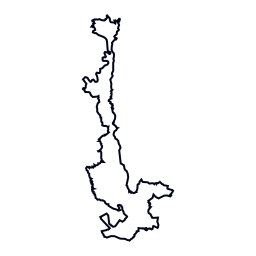 Lolotla, Hidalgo, Mexico
{"feature_id": "50627088B68203381384952", "entity_name": "Lolotla", "entity_type": "district", "adm_level": 2, "iso_a3": "MEX", "parent_name": "Mexico", "parent_adm1": "Hidalgo", "projection": "albers", "projection_center": [-98.729, 21.009], "detail": "fine", "context": "isolated", "style": "outline", "palette": "ink", "viewbox_px": 256, "rotation_deg": 0, "n_neighbors": 0, "source": "geoboundaries", "source_scale": "gbopen_adm2", "svg_char_len": 5817}
<svg xmlns="http://www.w3.org/2000/svg" viewBox="0 0 256 256"><path d="M159.9,181.9L158.2,183.1L156.8,183.1L156.5,183.9L156.1,183.2L155.2,183.3L154.3,184.2L153.8,183.5L152.1,183.2L149.5,183.6L147.7,182.3L142.9,182.0L142.4,181.6L141.4,179.5L139.7,181.5L139.2,183.7L137.6,184.6L137.4,188.7L136.4,191.3L136.5,192.0L135.7,192.0L134.8,192.8L133.6,193.1L132.1,192.3L131.2,192.8L130.6,191.3L129.2,192.1L128.9,189.7L127.5,187.5L127.3,186.0L126.5,185.4L128.2,177.4L127.7,173.6L126.6,171.0L125.3,170.1L124.5,168.7L123.9,165.3L120.7,163.4L119.2,150.4L120.5,147.8L120.0,146.0L118.7,143.5L118.2,140.9L116.8,139.3L115.4,138.6L114.9,136.9L113.8,135.5L113.5,134.2L113.9,133.5L113.9,132.6L114.7,131.1L116.0,130.3L116.7,129.4L117.0,128.3L117.7,127.9L116.3,127.3L115.9,126.2L114.0,124.8L114.1,124.4L113.1,124.1L112.8,123.2L113.0,122.6L114.0,122.0L113.8,121.2L114.9,119.2L115.3,116.0L114.9,114.8L113.7,112.9L112.8,112.3L112.2,109.1L112.7,109.3L113.0,108.9L112.4,108.6L112.6,108.4L112.0,107.8L112.6,107.6L112.1,106.8L112.2,105.8L112.8,105.6L112.5,104.3L111.6,104.3L111.6,103.8L110.3,103.3L110.7,102.4L110.5,101.8L108.7,101.0L108.8,100.2L109.8,99.2L111.4,98.5L110.6,97.0L111.3,96.6L111.2,96.2L111.6,94.5L111.2,93.5L111.6,93.1L111.4,91.4L111.0,91.1L112.1,90.1L111.7,90.0L111.1,86.6L111.4,84.0L110.3,79.6L112.7,76.0L112.1,74.5L112.0,73.2L113.2,70.9L113.2,62.6L113.6,62.0L113.8,60.2L113.4,59.0L114.0,56.0L113.9,54.1L113.4,52.7L112.2,51.6L111.6,49.4L111.9,45.4L112.3,44.8L112.0,42.8L113.8,40.6L114.8,39.7L116.0,39.5L116.7,38.5L116.5,38.1L114.8,37.6L114.3,36.4L116.8,34.0L116.9,31.7L118.7,30.2L118.8,29.4L118.0,28.1L119.1,24.9L118.1,22.9L119.3,21.3L119.9,19.3L119.6,18.8L119.1,18.8L117.1,21.3L115.7,20.4L114.5,20.5L115.6,22.4L115.3,23.5L113.7,22.5L110.9,22.2L110.3,21.5L109.6,18.2L107.1,15.4L106.8,15.5L106.7,16.2L107.6,17.4L107.1,17.5L106.2,18.9L105.5,19.0L105.3,19.9L104.2,20.5L101.2,20.0L99.4,19.1L97.8,19.6L96.5,19.4L95.2,19.7L94.9,19.4L93.6,19.8L92.3,20.5L92.4,20.9L92.5,21.3L93.5,21.2L94.1,22.2L94.3,22.9L93.8,23.2L94.2,23.4L93.8,23.6L93.6,24.3L93.2,24.4L93.2,25.0L92.7,25.3L93.1,25.7L92.2,26.3L91.8,26.1L91.5,26.6L92.6,26.6L92.8,27.0L93.6,26.7L94.8,28.4L95.2,29.9L93.1,31.1L92.8,32.2L94.5,33.1L96.1,33.1L98.4,35.0L103.7,37.0L105.6,38.4L106.7,40.0L107.0,41.6L107.7,50.6L108.1,51.4L110.0,51.9L110.4,53.2L109.9,53.9L109.3,54.0L107.5,52.5L105.0,52.0L104.4,53.1L105.9,56.7L105.5,57.2L103.6,57.3L102.6,57.8L102.6,60.1L103.2,60.9L106.4,60.9L107.9,61.3L108.3,62.0L108.3,63.3L107.1,64.8L104.8,65.5L102.2,68.3L100.2,68.9L100.2,72.0L99.6,73.0L98.3,73.1L97.0,72.6L96.3,73.3L96.1,74.2L96.9,75.6L97.6,78.6L97.7,80.2L97.3,81.5L95.9,81.9L95.0,81.7L93.9,80.0L93.2,79.6L92.2,79.9L91.0,81.7L90.3,81.8L88.5,79.6L87.5,77.8L85.2,77.1L83.0,79.4L86.4,83.8L85.8,85.3L85.7,87.7L85.1,88.2L83.4,88.1L82.9,88.9L83.2,89.4L84.7,90.2L84.7,91.0L85.3,92.0L88.9,92.1L90.0,92.8L91.0,95.3L92.9,97.0L97.9,96.5L98.5,96.1L98.6,97.6L98.1,98.4L98.9,99.8L99.3,101.6L99.2,102.2L98.7,102.2L97.6,103.8L96.7,106.9L97.2,108.4L97.2,111.6L98.9,114.1L100.2,115.4L100.5,117.6L101.2,117.6L101.3,121.3L101.5,121.9L102.4,122.6L102.3,125.3L104.2,126.0L105.8,125.9L107.8,126.8L108.4,126.6L108.1,128.2L108.3,129.9L107.8,130.8L107.9,131.5L108.9,132.3L106.4,134.5L104.9,134.7L105.1,135.2L104.4,135.7L103.0,135.7L102.1,136.2L98.9,139.4L99.7,139.9L99.6,140.7L99.2,141.0L99.8,141.0L100.5,142.0L100.7,143.2L101.3,143.8L101.0,144.1L101.3,145.0L102.1,146.2L101.9,147.6L101.1,148.9L99.8,150.4L98.1,151.1L98.4,151.5L100.6,151.1L101.3,152.5L101.2,158.1L101.9,160.1L103.6,162.0L101.9,161.9L101.0,161.3L100.1,163.2L98.9,163.7L98.3,163.4L98.1,164.6L96.9,165.2L95.5,165.5L94.5,164.9L94.8,166.3L92.9,166.5L93.5,167.2L93.3,167.6L91.9,167.2L91.0,167.6L89.7,167.0L89.3,168.0L88.2,166.9L87.1,166.8L86.1,168.1L86.7,170.3L87.8,171.0L88.0,172.7L89.2,173.6L89.2,175.4L89.9,177.8L91.6,178.7L90.6,179.5L90.5,180.9L90.8,181.6L92.0,181.2L92.3,181.5L92.0,182.4L91.2,183.1L91.4,183.7L92.6,183.8L92.8,184.2L92.3,184.8L92.8,185.8L92.4,186.3L92.7,187.1L92.0,187.3L92.2,188.0L93.9,188.7L92.1,189.1L92.0,189.9L92.6,190.5L92.5,191.4L93.6,191.8L93.3,192.8L94.5,193.3L94.3,194.5L95.2,194.8L95.6,197.9L96.0,198.0L97.5,199.7L99.4,199.4L100.5,200.3L102.7,200.3L104.6,201.3L105.2,202.9L106.8,204.3L108.4,204.2L108.5,205.7L109.5,206.4L113.2,208.6L117.1,209.7L117.9,210.5L119.5,210.5L120.2,210.0L119.3,209.2L118.7,206.8L117.8,205.8L118.0,205.2L119.4,204.9L121.3,205.6L121.3,206.7L122.2,207.2L122.4,209.9L123.4,211.5L123.9,213.5L127.1,216.5L126.6,217.5L125.2,218.7L124.6,220.1L122.4,221.7L119.7,220.2L115.3,226.2L113.5,226.7L112.8,226.7L111.9,225.7L111.1,225.6L110.7,224.6L109.9,224.5L109.2,223.8L108.2,215.4L106.6,213.6L100.3,217.0L101.1,218.1L100.9,218.7L109.8,228.2L108.4,229.6L107.4,229.5L106.2,230.2L101.7,231.1L101.9,232.1L102.7,233.6L103.5,234.3L103.5,235.3L104.5,236.4L104.5,236.9L105.6,236.9L106.9,237.6L111.0,236.1L114.6,236.2L120.2,238.6L125.2,238.9L127.3,240.0L128.8,240.2L129.5,240.6L131.1,239.0L132.2,238.5L132.7,237.7L133.6,237.3L133.6,236.7L134.6,235.8L134.3,234.8L136.7,232.3L136.6,231.4L137.1,231.1L138.5,231.1L138.5,228.1L142.5,228.5L142.9,228.2L145.0,229.3L145.6,228.7L145.5,228.2L146.2,228.1L146.3,229.0L145.9,230.1L146.5,230.3L147.2,229.9L147.6,228.9L148.6,228.6L149.3,228.8L149.8,228.4L151.4,229.4L152.4,229.1L153.2,226.2L153.6,226.0L157.5,227.9L157.9,227.6L158.4,225.0L157.3,221.5L158.0,217.6L153.0,217.9L152.0,217.6L151.8,216.5L151.2,215.9L150.6,214.3L148.7,213.1L148.3,211.6L148.5,209.8L150.7,207.1L149.6,207.0L149.4,205.9L150.0,205.0L149.4,204.7L149.3,204.2L150.1,203.4L149.6,202.9L149.1,203.1L148.4,202.3L148.8,201.8L148.3,200.9L152.5,197.9L153.5,194.5L155.8,197.0L158.6,198.4L164.2,195.6L167.2,195.5L170.3,196.4L171.2,195.4L170.3,194.6L172.0,192.7L173.1,190.8L172.4,190.1L167.9,188.9L167.3,188.2L167.9,186.0L163.7,185.2L163.1,184.4L161.9,184.0L159.9,181.9Z" fill="none" stroke="#020617" stroke-width="2"/></svg>